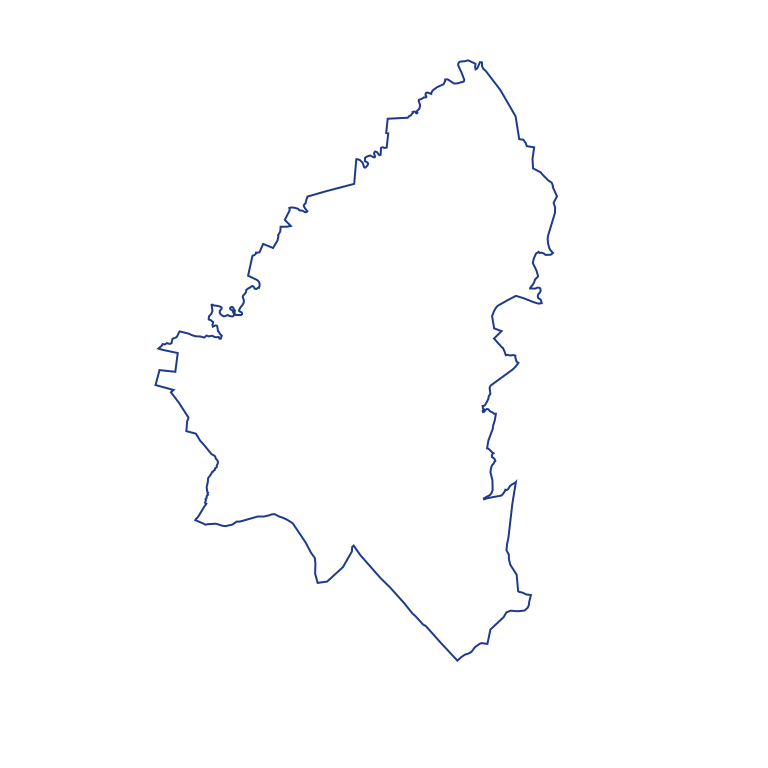 outline of Capalna, Bihor, Romania, rotated 73°
{"feature_id": "2599482B45096841934086", "entity_name": "Capalna", "entity_type": "district", "adm_level": 2, "iso_a3": "ROU", "parent_name": "Romania", "parent_adm1": "Bihor", "projection": "mercator", "projection_center": [22.103, 46.737], "detail": "fine", "context": "isolated", "style": "outline", "palette": "blue", "viewbox_px": 768, "rotation_deg": 73, "n_neighbors": 0, "source": "geoboundaries", "source_scale": "gbopen_adm2", "svg_char_len": 6159}
<svg xmlns="http://www.w3.org/2000/svg" viewBox="0 0 768 768"><g transform="rotate(73 384 384)"><path d="M554.8,505.6L556.3,496.2L547.1,476.8L534.8,463.7L530.6,462.1L529.7,460.2L540.7,456.7L568.1,444.3L580.3,437.7L599.4,428.8L611.8,423.9L615.2,421.8L625.4,417.0L627.6,414.8L647.0,405.9L670.0,394.7L667.6,389.6L666.5,385.6L666.4,381.9L665.8,378.8L662.2,373.9L660.4,368.2L660.3,366.8L660.7,365.5L662.8,361.1L649.9,354.0L641.9,337.7L638.2,333.8L637.8,329.2L639.9,324.0L640.8,320.9L641.7,315.7L639.9,311.9L637.6,310.0L634.9,308.9L628.8,305.2L626.7,309.7L623.9,312.7L622.4,315.4L621.4,316.3L605.2,312.9L594.0,316.0L588.1,315.8L583.6,314.5L578.9,315.5L573.2,313.2L567.9,310.2L535.9,296.2L516.4,286.6L516.7,287.1L517.3,290.4L518.3,293.2L520.7,295.9L521.3,297.6L520.6,298.9L521.6,299.5L524.3,302.9L525.0,304.6L523.4,318.6L523.5,322.0L522.6,322.0L521.1,315.0L519.9,313.3L517.2,311.1L507.9,308.5L499.3,308.0L494.4,305.4L493.0,304.0L492.3,302.6L490.7,301.2L490.1,300.0L487.6,300.3L485.3,302.1L483.8,301.8L482.6,300.6L482.2,299.5L481.0,300.5L477.4,302.4L476.1,303.4L475.8,304.2L475.4,304.1L468.7,300.8L458.7,293.1L455.6,291.7L451.3,288.8L445.2,285.7L444.6,287.4L442.5,288.9L441.3,290.5L438.6,291.7L438.2,292.5L438.0,293.3L438.5,294.5L439.8,296.2L439.9,297.4L438.6,297.6L437.2,295.9L436.3,296.5L433.8,296.1L434.1,294.1L432.7,292.4L429.0,288.8L426.1,287.2L424.7,285.2L418.7,284.2L416.7,282.6L407.6,256.4L406.0,253.3L403.1,249.3L401.6,250.5L400.2,250.8L396.9,250.6L395.3,250.1L394.7,250.7L393.9,252.9L393.7,254.8L392.1,257.8L392.1,259.1L388.2,259.2L384.1,259.8L383.5,260.5L372.7,265.5L367.8,256.1L363.0,262.4L350.7,260.8L346.4,257.4L344.0,254.9L342.5,252.5L339.7,239.9L338.3,232.0L342.8,225.4L349.6,216.8L351.6,213.9L352.4,212.4L352.8,209.6L349.6,209.4L348.7,209.8L347.1,211.3L345.0,211.3L343.2,210.1L341.9,207.9L340.6,206.9L338.3,206.6L337.4,207.3L336.7,209.0L337.0,211.4L335.3,216.3L334.4,215.7L333.0,213.4L331.1,211.1L328.1,208.8L326.4,205.5L325.4,205.1L320.4,205.0L311.8,206.3L308.0,204.2L303.8,200.6L302.8,197.6L304.2,196.9L304.3,195.3L305.8,193.1L307.7,191.8L308.5,189.3L309.1,186.7L308.1,184.1L304.7,185.7L302.3,186.2L297.6,186.0L292.8,185.0L289.9,183.6L270.4,170.5L265.4,168.8L260.2,168.8L255.2,163.7L244.9,165.0L244.0,164.5L240.5,164.8L237.2,167.5L229.1,171.7L227.7,172.0L221.4,178.4L212.2,176.2L201.6,171.2L198.3,177.9L195.2,178.0L191.2,179.3L189.4,183.1L166.5,179.9L136.8,186.8L114.3,195.2L111.6,196.9L108.9,197.3L105.1,196.3L104.3,198.1L109.5,202.6L109.9,204.4L107.4,204.2L104.7,202.9L103.8,203.6L99.1,208.9L98.9,212.7L98.2,215.5L98.0,217.3L98.5,218.4L99.6,219.5L101.1,219.9L108.9,218.8L116.6,218.3L117.7,218.9L118.1,219.4L117.9,226.2L117.1,229.2L111.3,234.0L110.7,236.5L112.5,237.2L114.5,239.2L115.0,240.4L115.1,242.4L115.7,246.5L117.5,251.6L119.5,253.7L120.4,254.0L117.9,257.3L118.0,258.8L119.5,259.8L121.3,259.4L122.0,259.7L122.1,260.6L121.6,262.0L122.2,264.1L122.5,267.6L123.6,268.1L127.4,267.9L129.1,268.5L131.2,269.8L132.2,272.1L132.9,272.8L134.3,272.7L134.8,273.1L134.6,273.9L132.6,274.7L132.3,275.4L132.2,277.0L133.3,277.2L133.7,278.3L134.7,279.3L135.0,279.9L135.2,281.5L136.3,283.5L131.4,302.9L144.6,308.5L145.6,306.7L158.7,312.3L158.4,314.5L157.3,315.9L157.1,317.2L157.5,317.9L163.8,320.2L163.8,321.6L160.5,322.8L159.7,323.4L159.1,324.5L159.6,325.5L160.9,326.2L163.4,326.0L164.4,326.4L164.4,327.4L161.4,330.4L161.5,333.8L162.1,335.9L165.2,337.1L167.5,335.0L168.5,334.7L170.0,335.7L171.6,338.4L171.5,339.0L170.6,339.7L166.4,339.7L163.2,341.3L161.9,342.7L161.2,343.9L161.0,344.8L183.9,354.0L182.7,382.9L182.4,402.4L186.5,405.3L188.1,406.0L189.1,407.9L190.1,408.7L192.8,408.2L196.4,406.8L196.8,407.4L196.9,408.4L196.4,409.4L194.4,411.4L193.2,414.1L191.4,414.9L189.4,417.8L188.2,420.6L187.9,423.0L190.3,423.4L198.1,430.9L205.6,426.9L205.3,430.4L203.4,436.9L207.8,438.6L210.8,441.8L211.0,441.6L212.3,442.0L215.4,443.7L221.5,450.3L214.7,458.6L221.7,464.6L221.5,466.0L220.9,468.0L221.9,468.4L222.3,469.1L222.9,470.6L222.8,471.7L223.1,472.4L240.7,482.3L246.9,475.5L248.2,474.4L250.7,473.5L253.7,474.2L255.3,475.4L254.9,475.7L255.8,478.0L255.7,478.7L254.8,479.9L252.8,480.2L251.8,481.2L251.8,481.8L252.7,484.2L252.8,485.6L253.9,488.3L256.4,489.6L258.2,492.8L259.5,493.7L263.0,493.5L265.2,494.4L267.2,496.4L268.8,498.9L271.3,501.2L272.0,501.2L273.9,499.2L274.9,499.1L275.9,499.4L276.3,500.6L274.5,505.9L272.5,506.2L270.1,505.1L268.4,505.8L266.6,505.9L265.8,507.1L265.7,507.6L266.2,508.8L267.0,509.2L267.8,508.9L269.4,507.4L274.1,507.0L274.7,507.7L275.1,508.8L275.0,509.6L273.9,511.7L272.3,513.4L272.7,516.2L272.4,517.6L269.9,519.7L268.0,520.3L266.0,519.6L264.5,517.2L263.2,517.0L261.8,518.4L260.3,521.0L259.3,523.5L257.9,524.9L257.9,525.7L264.0,526.7L266.3,528.5L268.1,531.5L270.6,532.7L271.2,532.6L272.4,530.9L274.9,529.3L277.4,530.8L279.1,530.9L278.7,528.2L279.1,527.1L280.0,526.6L285.1,527.3L286.3,526.5L287.9,526.4L290.3,525.0L293.0,527.0L292.5,528.1L290.7,528.3L290.2,531.1L289.1,532.8L287.9,533.8L287.4,535.3L287.3,537.5L286.0,539.2L285.9,539.8L287.0,542.2L286.9,542.7L285.0,545.4L283.2,550.4L280.7,554.0L279.2,555.3L274.0,563.9L274.6,564.9L277.9,567.8L278.6,568.9L278.9,572.8L279.1,573.2L282.8,575.2L283.1,576.3L282.9,577.4L281.4,579.8L282.0,581.4L282.0,582.2L281.1,584.0L282.2,585.0L284.2,589.4L286.9,585.2L294.1,572.2L311.3,580.0L305.1,594.6L318.2,602.8L328.2,587.0L329.6,590.2L341.6,585.7L359.1,580.8L362.1,583.1L371.3,586.8L376.5,578.4L384.8,576.3L389.0,574.2L399.8,569.8L400.8,569.3L403.1,567.0L404.5,566.6L406.2,566.7L408.0,565.7L410.3,565.6L411.8,566.5L412.8,567.7L414.4,568.1L414.8,568.6L415.2,570.1L416.9,571.1L417.0,572.3L417.9,573.2L418.0,574.3L419.5,575.5L422.6,579.7L425.9,581.0L430.9,583.8L435.5,584.5L436.5,584.0L437.4,585.0L438.5,584.7L439.5,586.5L441.1,586.9L442.0,588.4L443.2,588.3L445.2,589.9L446.6,588.9L449.1,592.2L455.2,598.9L457.4,601.7L458.1,603.4L459.0,604.3L465.1,597.0L466.2,596.1L466.9,592.0L468.3,586.2L469.1,584.5L472.3,580.1L473.6,577.0L474.1,570.1L472.5,564.9L473.3,562.7L473.5,560.1L473.8,543.7L475.6,537.8L476.0,532.3L475.8,529.2L476.7,526.4L480.1,523.0L482.1,520.1L485.6,516.2L490.5,512.0L513.0,505.2L523.9,503.2L530.1,501.0L535.6,502.1L545.2,505.3L554.8,505.6Z" fill="none" stroke="#1e3a8a" stroke-width="2"/></g></svg>